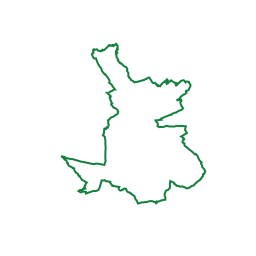 Tataru, Prahova, Romania, rotated 56°
{"feature_id": "2599482B58674664864206", "entity_name": "Tataru", "entity_type": "district", "adm_level": 2, "iso_a3": "ROU", "parent_name": "Romania", "parent_adm1": "Prahova", "projection": "orthographic", "projection_center": [26.318, 45.099], "detail": "fine", "context": "isolated", "style": "outline", "palette": "green", "viewbox_px": 256, "rotation_deg": 56, "n_neighbors": 0, "source": "geoboundaries", "source_scale": "gbopen_adm2", "svg_char_len": 5777}
<svg xmlns="http://www.w3.org/2000/svg" viewBox="0 0 256 256"><g transform="rotate(56 128 128)"><path d="M158.8,199.5L160.9,191.6L162.0,190.5L162.5,189.4L162.8,186.9L161.6,185.0L159.7,182.6L156.7,179.1L157.7,177.9L158.2,176.5L160.0,176.0L160.8,174.5L161.5,174.3L162.9,172.8L164.1,173.6L165.1,173.2L166.3,173.3L167.2,172.7L167.4,173.1L172.0,168.2L172.5,169.4L174.7,169.8L175.6,169.3L175.9,168.8L176.1,167.6L176.4,166.8L176.0,165.7L176.4,165.2L176.5,164.3L177.1,163.9L177.9,163.6L178.9,164.2L180.5,164.2L181.7,163.3L182.9,162.8L182.9,162.6L183.3,162.6L184.0,162.0L184.5,162.1L188.2,160.7L190.1,161.4L191.6,161.6L193.2,161.3L195.9,162.0L195.9,161.4L196.5,161.0L197.1,159.9L197.1,158.5L198.5,156.5L199.1,154.9L199.9,154.0L200.4,152.0L201.2,150.1L202.5,148.5L204.3,147.4L204.8,146.9L204.8,146.5L205.1,146.8L206.1,146.8L206.0,145.8L205.6,145.2L205.6,144.7L206.1,143.2L206.5,142.6L206.6,140.9L207.3,139.4L207.8,137.6L208.3,137.1L206.8,135.9L204.7,135.5L203.5,134.8L203.0,134.2L201.1,131.3L201.6,130.0L201.7,129.5L201.2,127.0L200.3,126.2L197.3,124.2L195.6,122.6L199.2,120.5L199.5,120.8L199.9,120.6L200.1,120.9L202.1,120.0L202.6,120.2L203.1,120.1L204.3,118.5L205.9,117.6L206.6,115.8L209.1,113.9L210.4,113.6L210.5,113.2L211.4,112.3L211.7,111.3L211.8,109.9L211.8,109.1L211.6,108.6L211.8,108.1L211.7,107.4L212.4,106.0L211.9,104.3L212.0,103.8L211.7,103.3L211.3,99.9L211.4,97.6L210.7,96.4L211.0,95.7L210.6,95.3L210.5,94.8L209.9,93.9L209.9,92.9L208.3,91.6L208.3,91.0L208.6,90.8L208.4,89.9L208.0,89.6L207.1,88.3L206.9,88.0L205.0,87.9L201.9,88.2L200.2,87.5L198.3,87.3L197.8,86.9L197.7,86.3L194.7,86.8L189.6,86.0L187.4,86.3L187.4,87.2L182.2,88.4L180.5,89.2L176.6,90.1L174.8,90.9L173.4,90.7L172.4,89.8L170.4,90.9L169.5,90.2L169.2,89.4L168.6,88.9L168.6,88.6L169.0,88.2L168.7,87.6L168.0,87.8L167.1,87.6L166.6,88.1L165.5,88.3L164.8,88.7L165.1,81.9L161.4,81.8L159.0,79.1L155.8,82.8L155.3,84.3L153.4,86.5L152.9,88.3L152.0,90.0L151.4,90.6L149.6,93.2L148.0,94.4L146.9,98.1L146.0,99.7L145.0,100.9L144.8,101.6L143.0,102.5L142.5,101.9L140.6,100.7L138.2,101.0L137.1,100.9L139.9,95.6L138.7,95.5L139.6,90.4L140.1,88.6L140.7,85.4L141.4,84.7L140.9,83.7L141.3,81.5L142.2,78.9L142.0,78.5L142.3,75.6L142.9,73.8L142.7,71.9L142.4,71.3L140.1,71.3L137.9,71.0L136.0,70.3L135.4,69.8L135.6,69.1L135.4,68.5L134.2,68.1L133.9,68.2L132.4,72.3L132.2,71.0L132.5,70.0L132.4,69.2L131.4,66.0L131.6,65.3L131.3,63.1L131.7,62.5L131.8,61.5L131.3,60.2L131.4,59.8L130.1,59.6L130.1,59.2L129.7,58.9L130.2,58.3L130.4,56.3L129.4,55.1L128.6,53.3L127.6,52.3L126.7,52.0L124.7,52.1L123.8,51.7L123.0,52.7L122.3,53.2L122.2,53.8L122.4,54.7L122.4,54.9L120.7,54.8L119.5,55.1L118.8,57.0L118.6,58.2L118.7,58.9L119.2,59.4L119.0,61.7L119.5,62.0L119.8,64.3L119.7,64.4L118.0,64.0L117.5,63.0L116.0,64.3L113.4,65.4L112.7,65.5L112.6,65.8L112.9,66.1L113.0,67.2L112.5,67.9L112.5,68.4L113.0,69.2L113.2,69.4L113.2,71.2L112.3,71.1L112.5,69.7L112.2,69.2L111.8,69.4L111.4,69.0L111.3,69.5L111.1,69.6L110.9,69.5L111.0,68.7L110.8,68.5L109.5,68.5L109.9,70.0L109.8,70.6L110.2,71.3L110.2,71.9L109.9,72.1L110.2,73.0L109.9,74.0L110.6,75.7L110.6,76.4L111.4,77.9L110.6,78.6L110.1,79.9L108.5,80.2L108.5,79.5L107.6,80.1L105.6,80.3L104.9,81.8L104.1,82.3L98.1,82.1L97.4,84.0L97.7,85.3L97.2,86.6L97.2,88.3L96.7,88.7L96.1,91.4L95.1,93.5L95.2,93.9L94.0,96.3L93.8,97.2L92.2,97.5L90.4,98.4L89.4,98.7L88.5,98.3L87.5,98.9L85.9,98.6L85.2,98.8L82.7,97.0L82.0,96.8L81.0,97.0L80.0,96.8L79.5,96.5L79.0,95.7L76.5,95.4L75.1,96.4L73.3,97.1L70.9,97.3L70.6,97.5L70.4,98.0L70.0,98.0L70.1,98.3L69.9,98.4L66.2,98.6L66.0,98.0L65.6,98.2L64.4,97.7L63.3,97.9L61.4,97.1L61.1,96.6L60.1,96.7L59.8,96.3L59.7,95.3L59.0,96.0L58.8,95.9L57.9,95.3L58.0,94.9L57.6,94.9L57.4,94.5L57.8,94.2L57.1,93.6L57.4,93.2L57.2,92.6L56.9,92.6L56.7,93.3L56.1,92.7L56.1,92.0L55.4,91.7L55.0,91.1L54.1,90.7L53.5,91.0L52.8,90.6L51.4,91.0L51.9,92.7L51.5,93.2L51.9,93.7L51.9,94.5L51.7,94.6L51.1,94.1L50.7,94.1L50.5,94.3L50.5,95.8L49.8,96.2L49.6,97.1L48.9,97.0L48.7,97.5L49.5,100.5L50.1,104.4L49.8,104.7L49.6,105.5L49.3,104.9L48.9,105.1L48.9,108.0L48.4,108.2L47.4,109.4L45.3,109.9L44.6,111.8L43.7,112.1L43.6,112.4L43.7,113.0L44.3,112.9L44.4,113.2L44.7,113.1L45.1,114.2L45.8,114.8L46.4,114.7L46.6,116.7L50.0,117.4L51.5,117.2L52.3,115.6L57.5,116.9L61.9,117.1L63.5,116.8L66.2,117.7L70.5,117.4L70.7,116.7L77.1,116.6L78.7,117.0L79.5,117.7L79.8,118.3L83.3,117.2L84.4,117.5L88.9,117.2L88.4,118.1L88.2,119.0L88.4,119.9L87.9,122.3L88.0,124.6L87.3,125.6L91.9,124.5L91.9,125.1L92.0,125.8L92.9,125.7L93.1,126.4L94.1,126.4L95.0,127.0L96.4,127.0L97.7,127.4L98.6,127.4L98.4,128.0L99.2,128.9L100.1,128.6L102.6,128.7L105.2,127.1L107.5,126.6L108.5,127.2L109.1,127.0L110.4,128.7L110.4,133.7L109.8,136.9L110.5,138.8L110.4,140.3L111.5,140.6L113.1,141.9L114.2,142.0L114.9,142.4L116.4,144.6L115.5,145.4L116.4,146.2L116.6,146.7L116.3,147.2L115.5,147.5L115.3,148.0L119.3,151.3L119.9,152.3L119.1,153.0L122.4,152.2L126.6,154.2L127.7,155.2L132.1,157.7L134.4,159.6L140.4,163.7L142.8,165.0L145.4,168.3L142.2,171.4L140.5,173.3L139.3,175.0L139.2,176.1L137.7,177.8L131.0,184.2L130.2,185.2L123.4,190.9L122.2,192.0L120.7,193.9L118.3,196.0L117.5,196.6L116.4,196.9L114.9,198.4L113.8,198.6L115.1,198.9L115.7,198.4L118.7,198.1L120.3,197.3L121.9,197.6L123.1,197.5L123.1,197.9L123.8,198.2L124.5,198.0L125.1,198.2L126.8,198.0L128.4,196.8L129.7,196.3L130.2,196.4L130.4,196.2L130.3,195.8L130.5,195.6L131.4,195.2L132.5,195.9L133.7,196.2L136.2,196.1L136.5,195.8L138.3,195.1L139.2,195.6L140.1,195.6L140.3,195.5L140.2,195.2L140.7,194.8L141.7,195.2L145.3,195.1L150.1,192.6L150.7,194.4L151.5,195.5L151.5,196.0L153.5,197.4L153.7,198.0L153.8,198.0L154.1,197.3L154.4,197.3L154.0,198.3L153.3,198.2L153.6,198.6L153.3,199.4L153.9,200.0L153.4,201.3L152.9,201.8L152.5,203.0L152.6,204.3L154.9,203.3L155.6,200.8L157.4,198.6L158.8,199.5Z" fill="none" stroke="#15803d" stroke-width="2"/></g></svg>